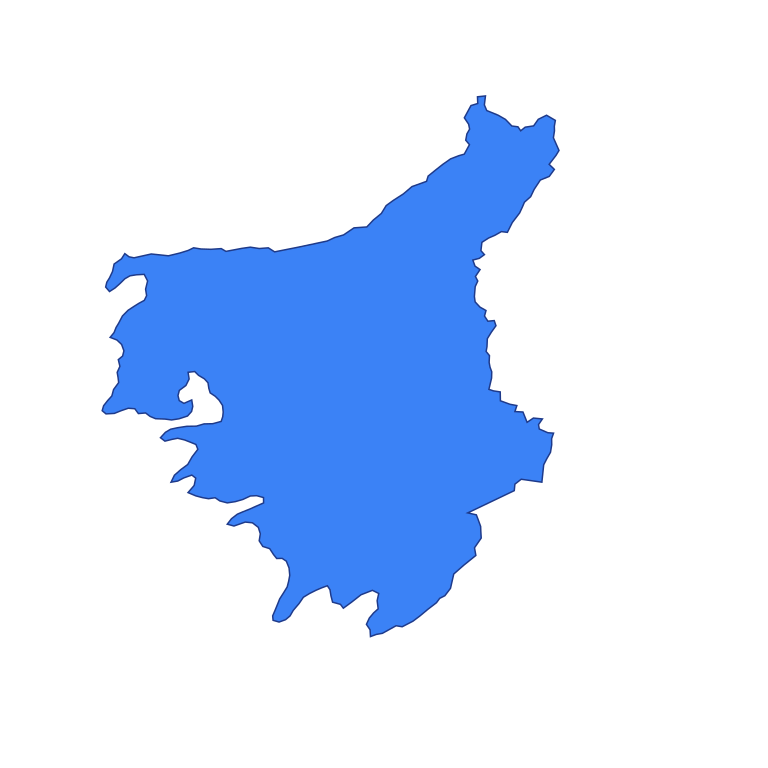 Antônio Olinto, Paraná, Brazil, rotated 65°
{"feature_id": "56859067B14097519009978", "entity_name": "Antônio Olinto", "entity_type": "district", "adm_level": 2, "iso_a3": "BRA", "parent_name": "Brazil", "parent_adm1": "Paraná", "projection": "equal_earth", "projection_center": [-50.135, -25.945], "detail": "fine", "context": "isolated", "style": "filled", "palette": "blue", "viewbox_px": 768, "rotation_deg": 65, "n_neighbors": 0, "source": "geoboundaries", "source_scale": "gbopen_adm2", "svg_char_len": 3974}
<svg xmlns="http://www.w3.org/2000/svg" viewBox="0 0 768 768"><g transform="rotate(65 384 384)"><path d="M570.0,515.6L568.0,505.5L565.3,493.9L566.1,481.7L571.6,477.3L577.5,481.8L585.3,484.3L587.1,490.2L589.9,496.2L594.4,501.5L600.9,500.5L607.2,503.0L607.7,496.8L609.3,490.8L608.2,475.2L611.7,470.1L611.2,458.0L609.4,449.5L606.7,439.3L604.4,428.9L601.8,424.1L601.6,418.3L597.3,410.1L585.7,401.1L582.0,388.5L578.2,373.2L570.7,371.2L564.7,361.0L558.4,358.5L553.9,356.6L547.0,356.0L541.6,355.6L536.2,362.6L535.7,311.0L530.1,307.7L528.3,299.9L539.7,282.4L524.7,273.4L520.5,268.0L516.3,262.0L510.0,257.7L504.4,255.2L500.2,251.1L497.4,256.1L490.4,262.3L486.1,261.1L482.6,255.2L478.0,263.0L479.2,270.5L468.1,269.9L464.3,277.0L459.7,272.7L455.6,278.4L448.4,285.6L440.3,282.0L436.5,287.7L433.2,291.2L424.1,284.0L418.5,281.2L413.6,280.8L408.9,279.6L402.8,276.4L397.7,277.7L393.7,274.9L386.6,271.2L382.4,264.8L378.5,257.9L373.1,257.3L371.0,263.3L364.9,264.2L360.5,260.5L354.9,264.5L348.1,266.7L342.9,265.1L334.3,260.2L330.3,255.5L325.2,255.7L320.9,248.6L315.6,251.7L309.2,251.1L310.4,244.5L309.2,238.3L304.1,239.8L297.0,235.4L295.9,227.6L296.1,220.7L295.5,213.2L298.7,208.1L291.9,199.5L286.3,188.8L282.1,183.8L278.6,179.9L276.2,171.9L271.1,165.7L265.2,156.1L265.7,146.5L261.5,138.9L254.7,141.5L249.5,131.5L246.3,126.7L232.4,126.4L226.6,122.5L222.4,120.7L217.5,117.3L209.1,123.1L209.3,132.3L213.3,139.3L210.9,147.5L212.3,153.1L207.5,153.9L204.2,159.1L195.5,162.1L188.7,166.9L179.6,175.3L173.5,175.1L165.8,170.3L163.2,177.9L169.4,180.5L168.4,187.5L176.7,198.7L184.3,197.5L189.2,198.7L192.4,203.2L197.6,206.9L203.2,205.4L209.6,214.1L208.7,219.7L208.1,228.5L209.8,238.0L212.0,247.3L214.2,256.1L218.3,259.8L216.9,275.2L219.9,286.1L221.5,297.8L223.2,306.6L228.3,314.3L230.9,324.4L234.4,333.2L229.8,345.2L231.8,357.6L230.4,366.8L230.4,375.1L223.7,404.1L218.0,427.3L211.7,431.3L208.5,439.8L203.5,447.3L201.0,455.5L197.0,471.2L192.5,474.3L188.8,483.9L184.3,492.8L180.1,499.0L180.2,505.0L179.0,513.8L176.7,525.2L173.2,531.0L167.8,540.0L164.0,557.2L161.0,561.3L156.3,563.8L159.6,569.0L161.2,577.9L167.3,582.5L171.8,587.9L174.6,592.2L178.5,595.3L184.2,593.7L183.3,587.2L181.3,580.6L179.1,574.4L178.6,568.5L180.4,562.2L183.3,555.0L190.7,554.7L197.3,560.0L203.6,561.8L206.9,565.9L207.3,572.2L208.0,577.8L209.0,584.7L211.8,592.3L216.7,598.7L219.5,602.9L223.3,606.9L226.0,612.5L231.2,607.5L237.3,605.1L244.0,605.7L248.2,609.1L249.6,614.5L256.4,615.9L260.7,620.9L265.8,622.3L270.6,623.9L274.7,631.4L279.8,635.7L282.2,641.4L285.2,647.3L289.1,650.7L293.6,648.6L296.7,640.8L297.1,633.5L297.9,626.0L301.1,620.3L307.0,619.1L309.5,612.3L314.5,609.7L318.9,605.7L323.3,597.2L326.8,591.7L328.9,584.5L330.0,575.6L327.6,570.0L323.5,566.8L317.2,565.0L317.0,573.5L312.5,576.6L307.4,575.6L303.3,572.2L301.6,564.1L297.1,558.5L290.6,556.6L292.7,550.3L297.8,548.4L303.4,544.6L308.5,543.0L313.9,544.6L318.6,545.3L323.7,542.2L328.9,540.3L335.2,539.4L341.5,541.6L345.5,544.0L349.1,547.4L347.6,556.0L344.1,564.0L342.9,571.9L339.0,580.6L336.4,589.5L334.8,596.5L335.4,602.5L338.2,609.3L343.2,606.7L344.6,599.5L346.0,593.9L350.4,588.4L354.9,584.1L359.3,580.0L364.5,580.3L368.9,588.7L374.0,595.9L375.7,604.3L378.1,612.5L383.0,618.5L384.8,611.9L384.5,605.1L385.3,596.7L389.7,594.4L395.7,598.9L399.6,607.5L405.8,601.9L410.3,596.5L413.8,591.5L415.7,585.1L420.6,582.2L425.5,576.3L427.8,568.4L429.0,560.7L429.0,552.5L431.4,546.6L436.0,541.2L440.9,543.4L440.7,551.6L440.6,558.8L440.2,565.6L440.0,571.9L441.6,579.1L444.8,585.3L449.3,580.0L450.5,568.1L454.2,561.9L460.8,558.5L467.5,559.4L473.4,563.4L480.0,562.5L484.9,557.2L491.9,556.2L496.8,555.0L499.0,550.0L503.3,547.4L510.6,547.8L517.6,550.3L522.5,553.8L527.0,557.5L530.7,563.1L534.7,569.4L538.2,573.1L543.1,578.4L547.1,582.9L551.3,584.4L555.4,579.7L556.0,572.8L554.5,567.2L550.8,561.9L547.1,553.8L543.2,547.2L542.4,540.0L542.2,532.5L542.4,526.6L542.9,520.6L547.6,519.9L553.6,521.6L560.0,522.8L565.3,516.6L570.0,515.6Z" fill="#3b82f6" stroke="#1e3a8a" stroke-width="1.5"/></g></svg>